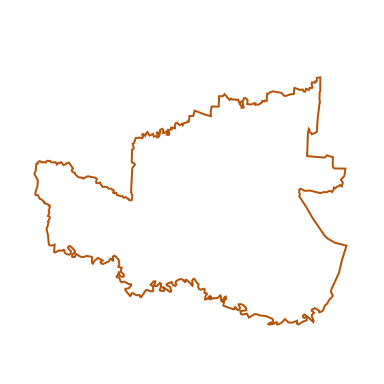 the district of Kota Jakarta Selatan, Jakarta Raya, Indonesia, rotated 95°
{"feature_id": "22746128B93686700937380", "entity_name": "Kota Jakarta Selatan", "entity_type": "district", "adm_level": 2, "iso_a3": "IDN", "parent_name": "Indonesia", "parent_adm1": "Jakarta Raya", "projection": "albers", "projection_center": [106.81, -6.284], "detail": "fine", "context": "isolated", "style": "outline", "palette": "amber", "viewbox_px": 384, "rotation_deg": 95, "n_neighbors": 0, "source": "geoboundaries", "source_scale": "gbopen_adm2", "svg_char_len": 5989}
<svg xmlns="http://www.w3.org/2000/svg" viewBox="0 0 384 384"><g transform="rotate(95 192 192)"><path d="M267.3,304.8L266.7,302.9L264.4,302.5L264.0,301.8L266.2,297.4L266.2,294.0L264.9,291.6L265.2,287.0L265.8,285.7L268.9,285.8L271.4,285.3L272.1,284.5L269.0,283.1L265.9,279.9L268.0,275.0L269.7,277.0L271.1,275.9L271.5,274.2L268.4,269.0L265.6,267.4L265.7,266.0L267.0,265.5L267.2,264.6L263.2,265.2L262.2,263.4L265.5,259.3L270.3,258.1L272.9,258.9L273.7,255.4L277.4,256.2L279.8,253.0L281.6,252.4L282.7,253.7L281.9,256.4L280.9,257.1L279.1,257.4L278.6,258.0L281.4,258.7L282.8,259.8L283.4,259.6L283.8,257.0L287.4,255.2L288.2,254.1L287.1,251.7L288.9,247.8L289.4,244.5L290.5,244.5L293.5,246.7L294.3,249.9L295.7,249.8L301.0,244.6L300.2,243.7L298.5,243.6L298.0,242.2L299.7,238.2L299.2,235.2L301.0,234.5L301.2,233.5L294.0,229.5L293.4,227.9L294.5,225.6L294.2,222.3L293.5,221.9L289.6,222.8L288.0,225.1L284.4,222.5L284.2,220.8L286.6,220.9L287.7,221.8L289.0,221.0L288.5,218.4L285.4,216.1L286.1,214.9L289.2,214.6L292.5,215.6L293.1,215.1L293.2,211.8L292.5,210.9L291.0,211.3L289.6,212.8L289.3,212.3L293.4,205.1L293.0,204.1L292.3,204.0L288.3,205.6L287.2,209.0L286.2,209.2L285.3,208.4L283.5,204.4L286.0,203.2L287.1,200.5L285.5,199.4L283.8,200.6L281.9,199.7L280.1,197.1L279.7,195.1L280.2,193.6L282.4,191.2L282.1,190.7L280.3,190.8L279.9,189.9L282.9,185.9L285.5,183.4L284.9,183.1L280.2,184.1L278.7,183.2L278.2,182.2L281.7,179.5L283.3,177.4L285.8,177.7L288.0,176.5L288.6,174.3L287.6,172.8L287.4,171.2L288.5,170.8L291.3,170.9L291.8,168.4L292.9,168.3L294.7,169.5L297.9,169.8L297.6,168.1L294.2,165.3L294.3,164.3L294.9,163.8L296.5,165.5L297.2,165.5L297.4,164.8L296.3,162.3L295.2,157.1L292.5,154.9L293.5,154.1L298.1,153.4L298.6,152.4L293.8,150.4L293.2,149.2L295.4,148.6L297.5,150.4L301.8,150.9L302.7,150.6L305.2,140.5L305.0,139.5L303.2,139.3L302.9,138.8L305.4,136.6L305.6,135.6L304.7,134.4L303.2,134.1L299.9,135.8L299.5,134.2L299.8,131.8L302.4,128.3L304.6,127.5L305.2,128.0L306.5,133.4L309.1,132.7L309.7,131.5L308.5,126.5L312.1,124.4L308.3,119.1L308.1,117.1L309.0,113.9L309.2,107.5L311.2,101.1L312.8,99.9L314.3,99.9L315.8,103.5L316.8,104.5L317.4,104.2L316.5,99.8L314.3,96.6L314.5,96.0L316.5,95.7L316.1,93.9L314.1,91.1L310.5,88.3L313.6,84.4L313.4,80.6L311.1,76.1L314.0,75.9L314.7,74.5L311.2,69.7L309.8,66.5L307.2,67.0L307.0,67.7L307.7,69.5L306.8,70.7L305.3,70.5L304.3,69.4L306.9,64.9L311.1,59.8L309.8,59.6L305.1,61.9L303.9,61.7L301.6,59.9L300.0,62.3L298.8,62.4L297.0,59.6L299.0,55.3L300.8,54.6L299.4,51.9L298.1,51.0L293.6,49.8L291.6,47.7L287.3,45.8L284.2,43.2L282.8,42.8L279.3,44.9L277.3,44.8L260.0,38.6L246.9,36.7L232.0,33.4L230.1,45.2L226.9,52.2L224.4,55.7L207.2,69.8L197.2,76.7L187.2,84.6L184.8,84.3L183.2,85.2L179.8,85.1L179.7,84.7L179.5,83.5L181.0,79.8L180.3,74.6L181.9,64.1L180.4,60.1L180.8,59.1L180.4,57.7L179.0,55.2L179.1,53.2L179.8,52.5L177.5,51.2L175.3,51.0L175.8,49.5L174.1,48.3L173.6,46.4L172.1,45.2L173.3,43.3L169.5,42.6L166.7,44.7L162.7,41.6L155.3,41.2L156.1,51.8L155.4,53.3L154.1,54.0L144.8,54.8L144.5,58.1L143.6,60.4L146.2,63.0L146.2,80.5L123.6,81.6L118.9,81.2L120.0,80.2L122.3,80.9L122.5,78.8L124.1,77.6L121.3,72.9L107.3,73.2L92.5,72.7L92.0,72.3L87.8,73.2L81.4,73.5L80.3,73.0L66.6,74.2L67.5,77.5L71.0,77.4L71.1,78.9L72.4,79.0L72.4,82.0L74.5,82.2L77.0,81.1L78.0,81.6L78.0,83.9L80.2,84.5L79.3,87.5L82.2,88.0L82.0,89.7L80.3,90.6L80.8,93.5L79.4,98.7L79.6,99.2L85.3,99.0L86.4,103.3L88.4,107.4L87.9,108.8L85.9,110.9L85.3,112.9L84.7,120.1L85.7,122.8L87.5,124.4L87.4,125.7L94.6,125.5L94.7,127.6L95.5,127.9L95.2,130.0L96.6,130.1L99.4,133.6L99.2,135.7L98.8,136.1L100.3,136.8L98.2,136.9L98.0,137.6L99.7,140.6L99.6,144.7L95.7,144.6L93.9,146.6L94.0,148.4L98.2,149.4L103.4,147.9L103.8,149.9L102.1,150.2L100.3,152.0L98.0,151.4L98.7,152.8L95.9,154.2L96.5,156.2L96.0,157.3L96.3,160.1L95.5,161.3L97.0,162.6L91.7,168.1L94.0,169.9L94.2,173.4L104.6,172.8L105.1,179.8L110.1,180.4L114.8,179.8L113.7,186.1L110.7,196.5L116.2,197.4L116.5,201.1L122.0,201.2L122.1,202.6L122.8,202.6L124.2,206.2L126.3,207.0L125.0,208.0L126.5,210.1L124.4,213.0L124.8,214.2L127.5,215.0L130.0,214.4L129.5,218.2L130.4,218.6L131.4,217.8L132.4,221.1L135.6,219.6L137.2,220.2L137.1,222.1L134.3,221.3L132.8,221.8L134.8,223.2L135.9,225.9L132.7,226.1L131.6,227.1L133.0,229.3L135.5,228.7L136.6,229.1L135.5,231.6L136.0,232.3L136.8,232.0L138.5,229.4L139.7,229.7L140.7,230.9L140.7,231.5L139.2,232.2L140.2,234.9L137.5,235.8L139.5,239.3L136.2,241.6L137.1,242.5L140.2,243.5L138.5,245.2L139.0,246.6L141.3,245.6L142.6,246.2L142.4,248.9L143.1,252.8L148.1,253.9L149.3,255.3L152.5,254.0L154.1,254.0L155.0,255.4L167.7,254.6L168.6,252.0L169.7,251.3L173.3,253.6L197.6,252.7L200.9,251.1L205.3,251.3L205.7,252.0L205.5,253.9L204.4,254.4L204.3,255.7L202.8,257.5L203.7,259.5L202.2,261.0L202.5,262.0L201.5,266.6L199.6,267.2L199.3,267.9L200.0,269.2L199.9,270.2L199.2,270.6L197.7,269.9L196.9,270.4L196.7,271.7L195.8,272.5L195.9,275.4L194.5,277.0L194.6,281.4L192.0,283.8L190.6,284.4L191.5,286.1L191.3,288.1L190.0,288.5L187.3,287.8L186.3,289.1L185.4,297.3L188.1,301.6L187.2,303.6L187.4,305.0L186.8,307.1L184.4,310.0L183.0,310.4L182.8,312.0L181.6,313.5L180.6,313.7L179.0,312.6L173.5,317.0L174.2,319.2L175.3,320.0L176.4,322.3L173.7,324.9L175.0,326.9L174.9,328.1L176.3,329.0L174.2,330.6L174.8,333.6L174.3,335.6L173.5,335.9L173.5,339.0L175.4,340.3L175.1,341.1L175.6,344.6L174.8,345.2L174.6,346.8L176.2,348.4L177.1,348.0L177.7,349.5L184.4,349.6L187.7,350.6L193.8,346.6L200.1,346.5L206.0,348.0L208.5,347.7L208.6,345.3L212.1,343.0L212.3,341.8L214.9,338.2L215.7,338.4L217.5,333.0L218.3,333.2L218.8,332.2L223.8,333.1L224.6,332.2L228.4,333.4L228.9,331.9L229.9,331.3L234.1,332.9L234.3,332.3L238.9,332.9L241.0,333.8L248.0,331.6L256.0,330.2L257.7,329.2L257.4,326.3L256.4,324.3L263.8,324.1L264.1,322.9L261.9,319.6L261.8,316.4L260.7,314.8L261.2,313.9L262.7,313.9L263.8,313.2L264.9,310.9L265.1,308.6L263.7,307.4L261.7,307.4L258.4,310.8L257.0,310.3L256.4,308.8L259.3,305.0L261.6,303.3L262.5,303.4L263.3,304.7L265.5,306.0L266.8,305.9L267.3,304.8Z" fill="none" stroke="#b45309" stroke-width="2"/></g></svg>